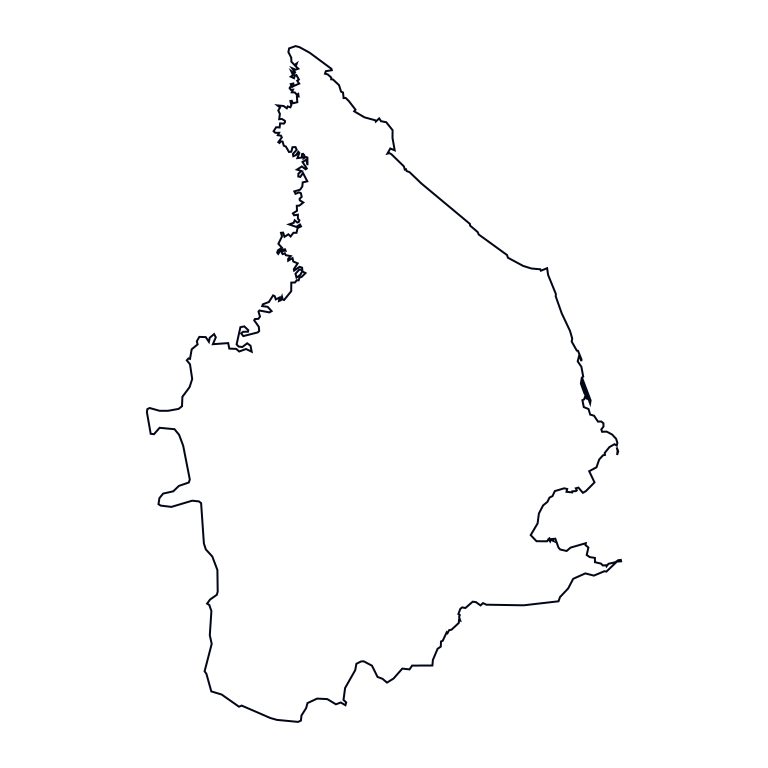 the district of Aceh Timur, Aceh, Indonesia
{"feature_id": "22746128B94735591859977", "entity_name": "Aceh Timur", "entity_type": "district", "adm_level": 2, "iso_a3": "IDN", "parent_name": "Indonesia", "parent_adm1": "Aceh", "projection": "albers", "projection_center": [97.761, 4.703], "detail": "fine", "context": "isolated", "style": "outline", "palette": "ink", "viewbox_px": 768, "rotation_deg": 0, "n_neighbors": 0, "source": "geoboundaries", "source_scale": "gbopen_adm2", "svg_char_len": 6080}
<svg xmlns="http://www.w3.org/2000/svg" viewBox="0 0 768 768"><path d="M621.1,561.3L620.8,559.9L618.2,560.2L615.4,562.2L608.5,563.8L606.5,566.3L606.1,565.2L602.8,565.5L601.0,563.6L595.0,562.2L594.9,557.9L589.8,557.1L586.7,555.0L588.4,547.5L585.5,545.1L585.8,543.2L570.6,547.6L566.6,551.0L560.2,549.5L558.5,547.6L555.3,538.7L552.2,539.0L553.5,541.0L550.6,539.7L550.1,541.4L548.7,539.5L550.4,539.2L549.4,538.3L547.0,541.3L536.5,541.2L530.7,535.1L537.6,523.4L538.9,513.5L543.1,505.4L547.4,501.9L549.5,497.6L552.5,496.1L554.8,491.1L564.2,488.3L567.2,489.0L566.5,491.8L572.2,492.4L572.3,491.3L575.9,491.1L576.8,490.4L575.8,488.3L578.4,487.6L582.9,492.8L585.9,491.1L594.5,482.4L589.2,471.2L596.5,467.3L599.2,459.5L603.0,455.3L605.0,454.9L604.7,453.0L609.4,447.1L614.5,444.2L616.7,445.6L617.4,442.9L616.1,438.8L612.1,434.5L606.6,431.6L602.1,431.8L601.3,429.5L603.5,426.5L603.4,423.2L601.2,421.5L598.0,421.6L594.0,415.7L590.2,414.6L588.5,409.0L583.8,407.1L582.4,400.2L584.2,399.3L585.6,394.9L584.5,393.5L580.9,383.6L581.8,377.7L583.2,376.6L581.4,366.8L577.7,361.4L579.3,355.0L581.3,361.1L581.5,359.5L578.0,350.8L576.8,350.6L571.7,341.6L572.2,338.5L570.0,330.9L561.7,313.3L555.7,296.3L555.9,294.1L548.1,274.9L547.1,268.2L540.9,270.7L540.3,269.3L531.4,268.5L523.1,265.9L507.9,257.7L507.0,255.0L478.7,234.5L477.7,232.1L470.1,225.6L469.9,223.9L421.4,183.5L409.5,172.1L406.7,171.1L405.9,169.2L404.8,169.6L403.9,166.4L391.5,154.3L389.4,153.1L387.4,153.6L390.3,148.5L394.7,150.3L392.5,137.9L392.6,130.2L386.2,122.2L381.0,121.2L379.2,118.4L375.8,121.6L375.3,120.3L364.4,117.3L354.2,111.3L355.5,109.7L348.8,101.0L345.6,97.9L343.6,98.1L343.0,92.5L341.1,91.7L339.0,85.1L333.0,79.5L331.2,79.3L331.2,77.5L327.7,74.4L325.0,73.7L325.8,71.2L331.8,70.2L331.4,68.8L309.6,52.7L299.4,47.1L295.6,46.1L289.1,48.4L288.4,52.1L291.2,57.6L291.4,61.7L294.5,65.0L296.8,63.4L295.7,66.3L298.3,68.7L295.6,69.7L292.1,68.2L295.1,72.3L294.3,73.4L291.2,71.1L293.0,75.1L290.8,76.7L294.0,78.2L294.9,75.5L296.4,75.1L298.9,79.5L297.2,80.7L299.2,83.6L293.7,86.0L293.3,83.5L290.8,84.1L292.6,87.7L291.0,85.9L289.6,88.1L290.9,89.9L293.0,89.7L291.8,92.3L294.9,92.5L296.8,94.7L298.2,93.9L298.6,96.5L296.9,96.5L297.3,102.2L292.9,103.3L291.8,100.8L290.4,101.0L291.3,105.2L290.4,107.3L287.7,106.4L286.8,108.3L283.6,106.0L277.4,105.4L280.0,107.5L278.3,110.5L279.9,113.9L279.2,119.2L282.0,119.0L284.9,120.8L285.0,122.2L283.9,123.6L280.1,123.4L279.6,127.5L276.2,127.2L273.6,131.2L275.3,132.8L279.1,132.8L277.8,135.2L281.0,135.7L281.8,137.4L278.3,142.2L279.5,143.0L280.7,141.4L282.6,141.6L283.8,145.7L285.9,146.6L289.0,152.0L291.3,151.7L292.5,147.2L295.5,147.1L296.7,149.8L292.9,154.0L293.3,156.2L296.1,155.0L298.3,151.8L299.3,152.9L297.4,158.1L302.0,157.5L301.9,154.2L303.0,153.8L304.3,155.2L303.7,158.3L305.8,157.0L307.4,157.5L307.5,165.2L306.3,159.7L302.5,162.0L306.8,168.5L305.7,169.3L301.8,166.5L297.0,169.6L301.6,171.1L298.4,173.6L298.3,176.5L300.3,176.9L303.0,173.0L307.3,181.3L302.7,182.4L302.3,186.5L300.1,189.7L294.3,191.4L295.5,193.8L299.0,192.4L300.9,193.2L301.7,196.8L299.6,198.8L299.8,200.3L303.3,202.5L299.4,205.6L296.8,205.8L297.0,210.8L292.9,213.4L294.1,215.3L297.9,214.7L297.9,218.7L299.4,220.3L298.6,222.1L297.3,222.5L294.7,220.3L293.7,222.8L289.1,224.4L296.3,226.9L300.0,224.5L301.0,226.4L297.6,228.1L296.5,232.8L293.4,232.8L290.6,236.5L288.4,234.3L284.5,236.8L283.1,232.6L281.0,232.8L282.0,236.4L278.4,243.8L281.9,247.7L277.9,250.4L277.2,252.6L278.2,253.9L281.0,249.8L285.0,249.3L285.6,250.8L282.0,250.9L281.8,252.8L282.7,254.1L284.8,253.3L285.8,255.2L290.7,256.1L288.1,259.0L288.2,260.7L292.5,258.1L293.3,261.5L297.7,263.4L293.8,269.2L294.1,270.6L299.6,266.8L302.1,267.7L302.3,269.9L299.3,269.6L295.5,273.7L296.5,277.6L300.3,274.9L302.2,271.3L305.5,273.1L301.5,277.0L299.6,277.3L298.6,280.4L296.8,280.2L295.0,282.5L291.3,282.6L291.2,291.2L284.1,300.0L282.7,299.5L282.0,296.7L280.9,300.2L279.0,301.0L279.6,297.5L275.8,299.4L274.7,296.2L273.1,295.4L268.9,302.0L262.9,304.3L262.2,306.1L267.6,306.8L271.6,311.1L269.4,312.4L259.4,310.5L258.5,311.6L260.0,316.6L258.4,318.8L254.8,319.1L254.2,320.3L258.8,326.8L259.2,331.0L257.8,332.4L243.3,336.1L241.2,333.4L243.1,331.8L248.0,331.7L248.3,330.2L244.3,326.4L240.4,327.2L236.6,344.4L238.7,346.6L242.4,347.0L247.2,343.3L250.5,345.7L251.7,351.7L246.0,349.0L239.2,351.5L236.2,348.9L229.3,348.6L228.2,343.1L212.9,344.2L215.8,337.3L214.1,334.1L209.7,337.8L208.9,341.8L205.7,337.1L199.3,336.9L196.8,341.3L197.6,344.4L191.7,349.3L190.0,358.9L188.5,358.4L186.8,360.3L190.0,364.3L192.2,379.0L189.6,387.1L182.4,396.8L182.0,406.2L178.6,408.9L168.0,410.8L159.6,410.8L149.6,408.0L147.3,409.2L146.9,412.2L150.7,433.8L154.0,434.2L159.6,427.8L174.5,429.2L179.1,434.8L183.2,445.8L189.8,479.5L188.8,482.5L178.9,485.9L173.3,491.3L163.1,493.6L159.4,498.2L158.5,504.2L160.7,505.6L171.4,506.9L192.2,500.7L198.9,501.4L201.1,503.1L203.9,543.5L205.8,549.4L212.3,556.5L217.4,570.0L217.7,591.7L216.8,594.8L210.0,599.6L207.1,603.6L209.3,605.0L211.4,611.0L209.8,635.2L211.7,643.9L204.6,671.3L206.4,673.8L211.3,691.4L221.6,694.5L239.0,706.7L241.7,705.6L270.3,718.0L277.0,719.9L298.1,721.9L300.9,720.6L301.5,715.4L306.1,708.2L307.5,703.1L317.1,698.6L327.3,699.1L335.9,704.3L340.8,702.5L345.4,705.2L346.2,702.4L343.5,699.9L345.1,688.0L355.2,670.2L356.4,663.8L360.9,661.5L363.7,661.3L372.0,665.7L377.5,676.9L382.5,678.8L387.0,682.6L393.6,678.5L402.3,668.6L409.5,669.4L412.1,665.6L432.4,665.5L432.9,659.9L437.6,648.8L440.8,646.6L441.0,641.5L442.7,640.8L446.7,632.3L447.5,633.2L449.1,630.2L451.5,629.7L458.8,622.9L459.0,620.0L460.2,620.5L459.1,617.0L459.8,615.1L458.4,614.1L460.3,608.9L462.1,607.4L465.4,608.0L472.7,601.7L475.9,602.1L480.5,605.4L483.0,603.1L486.4,604.7L523.7,605.3L558.5,601.3L560.0,597.1L568.2,588.4L573.2,578.8L585.3,573.4L593.9,575.6L604.4,571.2L606.4,571.6L616.9,561.6L621.1,561.3ZM590.6,400.4L582.0,377.7L582.4,385.7L583.5,385.4L590.1,403.4L590.6,400.4ZM617.1,455.0L618.2,451.3L616.7,447.4L617.6,450.8L617.1,455.0ZM586.6,398.4L586.8,396.3L586.0,395.3L585.6,397.7L586.6,398.4ZM585.9,393.8L585.5,392.4L584.6,391.4L584.6,392.6L585.9,393.8Z" fill="none" stroke="#020617" stroke-width="2"/></svg>